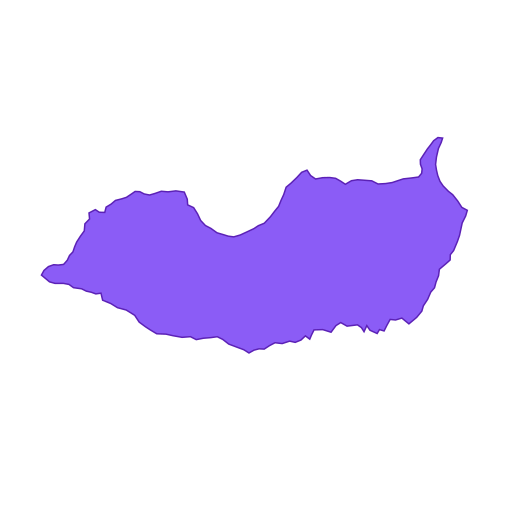 Claraval, Minas Gerais, Brazil, rotated 263°
{"feature_id": "56859067B71136395250653", "entity_name": "Claraval", "entity_type": "district", "adm_level": 2, "iso_a3": "BRA", "parent_name": "Brazil", "parent_adm1": "Minas Gerais", "projection": "albers", "projection_center": [-47.233, -20.359], "detail": "fine", "context": "isolated", "style": "filled", "palette": "violet", "viewbox_px": 512, "rotation_deg": 263, "n_neighbors": 0, "source": "geoboundaries", "source_scale": "gbopen_adm2", "svg_char_len": 2328}
<svg xmlns="http://www.w3.org/2000/svg" viewBox="0 0 512 512"><g transform="rotate(263 256 256)"><path d="M275.6,471.3L279.2,466.2L286.0,462.9L292.9,458.7L296.7,454.9L302.7,450.3L307.7,447.7L313.7,446.2L319.3,445.6L325.0,445.4L332.3,447.2L340.5,450.2L346.0,453.6L350.3,455.6L351.4,451.0L348.8,446.4L345.0,442.8L341.4,439.2L336.6,435.1L331.5,430.8L327.0,430.4L322.2,431.5L317.9,430.5L314.6,427.0L314.5,419.6L314.6,411.6L313.5,406.0L312.3,400.1L312.1,393.4L312.6,385.9L316.5,380.1L318.3,371.2L319.3,366.1L319.1,359.9L316.3,353.4L320.0,349.1L323.4,344.5L324.9,338.8L325.6,331.8L325.2,324.5L329.2,320.0L335.0,317.1L333.5,311.5L328.9,306.1L324.1,299.7L320.6,294.3L313.6,291.0L308.1,287.6L302.5,284.5L298.2,280.0L293.2,275.1L287.5,268.2L285.8,262.0L283.4,257.2L281.1,250.2L278.8,243.0L277.7,236.3L279.1,230.8L281.1,226.4L283.8,220.1L288.9,214.6L292.4,209.5L298.0,205.4L305.0,203.1L311.6,200.0L315.1,194.4L320.8,194.7L328.2,192.6L330.4,184.4L330.4,176.5L331.8,169.9L330.4,163.4L329.5,157.8L331.2,152.6L334.0,148.5L334.8,143.9L332.3,139.1L330.0,134.5L329.1,129.7L328.3,123.3L325.1,118.4L322.8,113.2L317.7,111.2L318.5,105.8L321.6,102.2L319.1,95.5L313.0,95.3L308.8,90.1L301.8,88.6L297.0,84.1L291.7,79.7L287.2,77.1L282.4,74.8L279.3,71.0L274.8,68.2L271.1,64.0L271.1,58.7L272.0,54.1L270.8,48.7L267.5,43.8L263.2,40.7L255.5,47.9L253.3,53.2L252.3,61.5L250.6,66.9L246.8,71.0L244.7,78.9L241.8,83.3L240.1,88.1L237.9,92.4L238.0,97.6L230.8,98.4L226.5,106.1L221.6,112.2L218.2,120.6L211.9,128.4L204.6,132.0L199.2,137.7L195.5,142.1L190.9,148.0L189.4,157.2L187.0,163.9L184.3,172.7L183.9,181.1L180.3,186.5L180.8,193.9L180.5,201.0L180.6,207.7L177.2,212.9L171.9,218.2L167.6,226.4L164.5,232.4L160.6,237.2L162.8,242.5L163.5,247.7L162.6,252.8L165.4,258.5L167.6,264.3L165.9,271.3L167.4,279.0L165.5,284.4L167.1,290.4L170.7,295.3L166.9,299.2L170.9,301.5L175.6,304.6L174.8,313.3L171.2,321.2L177.2,326.9L179.6,332.0L175.3,337.8L175.3,348.3L172.1,351.9L167.7,354.0L173.4,357.5L168.4,360.1L164.3,366.8L167.9,369.6L166.0,374.0L171.0,377.3L176.7,381.4L175.5,386.7L176.6,393.2L170.0,399.5L175.5,408.0L181.1,413.9L186.1,416.0L192.1,421.1L198.8,425.0L202.7,429.3L208.2,431.5L214.2,434.8L220.5,436.4L225.0,443.3L228.4,448.2L233.6,449.0L237.3,452.8L245.9,457.7L251.6,460.5L263.7,464.7L270.2,469.0L275.6,471.3Z" fill="#8b5cf6" stroke="#5b21b6" stroke-width="1.5"/></g></svg>